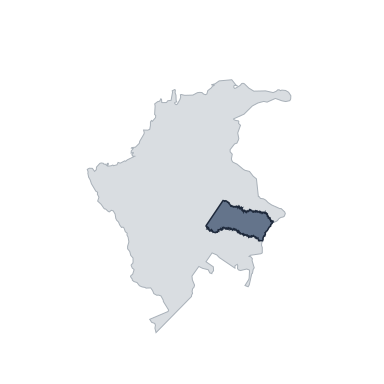 Cumaribo, Vichada, Colombia (highlighted), rotated 34°
{"feature_id": "7082276B31805828490385", "entity_name": "Cumaribo", "entity_type": "district", "adm_level": 2, "iso_a3": "COL", "parent_name": "Colombia", "parent_adm1": "Vichada", "projection": "orthographic", "projection_center": [-69.558, 4.15], "detail": "fine", "context": "in_parent", "style": "filled", "palette": "slate", "viewbox_px": 384, "rotation_deg": 34, "n_neighbors": 0, "source": "geoboundaries", "source_scale": "gbopen_adm2", "svg_char_len": 9649}
<svg xmlns="http://www.w3.org/2000/svg" viewBox="0 0 384 384"><g transform="rotate(34 192 192)"><path d="M219.1,64.6L215.6,66.1L208.8,67.8L204.0,75.5L200.8,76.8L196.9,81.3L193.9,86.9L191.6,98.4L185.6,108.1L186.1,108.6L188.4,108.2L190.6,107.1L191.4,107.4L192.2,109.1L194.9,109.6L196.9,117.5L200.9,121.5L201.4,123.1L201.9,126.4L200.4,128.4L199.9,135.6L201.2,137.4L204.2,138.1L206.2,142.6L207.5,143.7L209.3,144.4L213.8,143.7L221.8,144.5L223.7,144.4L228.2,142.8L233.9,144.7L238.1,145.1L249.6,158.7L250.7,158.3L252.2,159.1L255.1,157.7L257.6,157.5L260.9,158.2L265.2,158.2L273.9,156.7L275.2,155.9L280.0,156.7L281.4,157.7L282.1,160.3L281.5,161.8L279.9,163.4L279.0,165.5L278.8,168.0L278.0,169.8L276.4,171.0L275.8,172.7L276.2,175.0L275.4,185.3L276.0,186.1L276.6,190.3L278.6,195.8L279.5,197.4L281.3,198.7L284.3,203.2L283.6,204.7L275.8,211.8L275.4,213.5L276.9,212.8L279.3,213.5L280.1,215.2L286.0,220.1L286.0,222.0L287.6,225.6L287.3,226.5L291.4,237.0L291.5,239.2L288.2,239.9L288.0,232.8L287.5,231.4L283.7,225.1L282.9,224.6L280.4,225.3L276.1,230.0L274.1,230.6L272.5,230.0L270.9,227.2L269.9,226.7L268.9,229.1L270.2,231.1L251.4,231.1L247.7,230.3L242.7,231.3L242.6,242.0L251.5,242.1L253.9,245.2L253.7,247.7L254.1,248.6L252.0,249.1L248.9,247.4L243.3,249.4L239.3,249.9L239.0,261.7L241.4,264.6L246.2,267.8L246.9,269.9L246.6,271.9L247.7,274.4L249.2,275.8L249.2,277.3L250.0,279.0L240.8,328.7L237.4,325.6L236.2,322.9L234.6,321.8L231.5,322.6L228.1,321.2L239.0,304.4L238.6,302.9L229.5,298.8L228.6,297.7L224.3,295.5L221.9,296.2L220.5,297.3L217.2,297.6L214.5,295.8L211.4,294.6L207.6,297.4L206.4,297.4L203.7,298.6L200.8,299.1L197.0,297.8L194.0,298.7L191.9,298.5L191.1,297.6L188.4,296.6L188.1,295.4L188.8,293.4L187.6,289.3L187.2,288.6L185.1,288.5L182.7,287.0L182.3,286.1L182.8,284.4L182.3,283.0L180.0,279.7L176.7,278.8L173.6,276.1L170.4,275.1L169.0,273.1L167.6,268.7L164.3,265.2L162.1,264.0L161.3,262.4L158.9,262.2L155.8,259.9L154.4,259.7L153.4,260.8L150.4,259.7L147.9,258.0L145.3,257.5L143.6,256.5L140.6,253.3L137.3,251.7L135.3,252.3L134.7,254.6L133.6,255.0L129.8,254.4L129.1,254.9L128.1,254.8L123.5,253.0L118.9,252.3L117.7,248.3L114.8,246.8L113.9,245.0L111.8,245.1L104.0,241.4L100.8,238.9L98.0,237.5L95.1,234.6L94.7,233.5L92.5,231.8L93.6,229.7L96.2,228.1L99.7,229.4L100.2,227.0L98.9,224.8L99.6,219.8L100.5,218.7L102.4,217.8L103.6,218.2L104.4,217.4L107.2,217.8L108.1,217.4L110.3,215.5L111.3,213.9L112.2,214.1L114.6,211.4L114.2,208.8L116.4,208.2L118.8,203.8L119.8,203.7L120.3,201.7L124.4,194.5L122.9,195.3L121.3,194.8L121.6,192.4L121.1,192.1L119.8,193.9L118.7,192.0L119.0,188.9L117.2,189.5L117.3,188.8L120.0,186.5L121.1,181.2L120.3,179.2L119.8,171.2L119.4,169.7L117.2,167.7L120.7,165.5L121.9,163.7L120.4,160.2L118.4,157.2L118.4,155.4L119.6,155.6L120.2,150.7L119.1,148.8L117.7,148.7L113.3,141.3L111.8,139.8L113.0,136.3L114.4,134.8L114.1,132.1L115.0,132.3L116.9,134.7L117.7,134.3L120.8,132.1L120.9,129.9L123.4,127.7L120.1,120.2L119.0,119.1L120.4,116.7L121.2,116.8L122.5,119.2L124.6,120.7L127.6,124.9L129.0,125.8L128.0,126.8L127.7,127.8L128.2,128.3L130.0,128.5L130.7,127.3L130.3,122.2L129.6,119.7L128.0,117.9L128.5,117.2L131.8,116.0L138.5,111.2L140.9,106.7L142.7,105.1L144.6,104.0L147.0,104.3L148.9,103.7L149.5,102.3L148.4,99.1L149.8,94.8L149.8,92.7L150.8,91.4L150.5,90.9L148.0,92.4L150.6,89.4L152.4,84.7L162.2,76.7L168.5,78.7L170.5,78.6L167.8,79.6L167.4,80.7L168.3,82.0L169.3,82.3L170.1,81.6L172.3,76.8L172.6,74.2L173.6,73.3L174.9,73.0L181.0,74.1L186.9,73.8L196.5,67.0L203.7,64.2L205.5,61.4L206.0,59.3L207.3,58.5L208.7,58.5L209.5,57.3L212.8,55.5L216.3,55.3L220.1,56.9L221.8,59.7L222.0,61.6L219.1,64.6ZM107.3,216.9L106.9,217.2L106.1,216.6L105.8,215.7L106.3,215.1L107.0,215.4L107.3,216.9Z" fill="#d9dde1" stroke="#a8b0b8" stroke-width="1"/><path d="M237.0,179.1L236.8,179.2L236.7,179.7L236.4,179.8L236.4,180.0L236.0,179.9L235.6,180.5L235.4,180.4L235.2,180.7L234.9,180.7L234.9,181.0L234.6,181.0L234.5,181.3L234.1,181.3L234.0,181.1L233.4,181.0L233.1,181.4L232.9,181.4L233.0,181.7L232.4,182.0L232.2,181.6L232.0,181.9L231.7,181.6L231.1,181.5L230.1,181.0L229.0,180.9L228.9,180.4L228.7,180.2L228.3,180.3L227.7,180.2L227.1,180.7L226.6,180.3L225.5,180.2L224.9,180.7L224.5,180.6L224.3,180.8L224.4,181.2L224.2,181.5L223.6,181.3L222.5,181.7L222.5,212.0L222.8,212.5L223.3,212.6L223.6,212.4L223.9,212.9L224.5,212.7L224.6,213.1L224.4,213.4L224.6,213.6L224.8,213.6L225.0,213.1L224.7,212.7L224.8,212.4L225.2,212.5L225.4,213.2L225.7,213.5L225.9,213.4L225.7,212.8L225.8,212.6L226.2,213.0L225.9,213.7L226.7,213.2L227.1,213.5L227.1,213.8L226.8,213.9L226.9,214.0L227.8,213.9L228.3,213.5L228.3,214.2L228.6,214.4L229.0,213.7L229.4,213.7L229.7,213.3L229.7,213.0L229.3,212.6L229.3,212.4L229.7,212.6L229.8,213.2L230.0,213.5L230.2,213.4L230.4,212.8L230.5,212.7L231.9,213.6L232.1,213.2L233.4,212.9L234.3,212.5L234.5,212.2L234.4,211.5L234.9,211.5L235.6,211.1L235.5,210.2L235.2,209.5L236.0,209.4L235.7,209.0L235.0,208.9L234.9,208.7L235.6,208.5L235.5,208.1L235.9,207.7L236.2,207.1L236.8,207.2L236.6,206.7L236.8,206.8L237.0,207.2L237.5,207.1L237.6,206.9L237.3,206.5L237.3,206.2L237.6,206.3L237.8,207.0L238.1,206.8L238.0,206.1L237.6,205.8L237.6,205.5L238.0,205.3L238.3,205.5L238.4,205.3L237.3,204.4L238.0,204.1L238.1,203.5L238.3,203.5L238.4,203.8L238.9,203.7L239.8,203.2L239.9,203.4L239.9,203.8L240.2,204.0L241.1,203.6L241.2,203.3L240.8,202.9L240.8,202.6L241.6,202.7L241.8,203.1L242.3,202.9L242.5,202.2L241.9,201.6L241.9,201.3L242.3,201.3L242.6,202.0L243.2,202.2L242.7,201.3L242.8,201.1L243.2,201.0L243.2,201.6L243.4,201.7L243.7,201.5L243.6,201.1L243.8,200.8L244.6,201.2L244.9,201.1L244.8,200.7L244.4,200.6L244.5,200.4L245.0,200.6L245.1,201.2L245.7,200.5L246.3,200.7L246.6,200.3L246.9,200.8L247.2,200.0L247.1,199.3L247.2,199.1L247.1,198.9L246.8,199.0L246.9,198.9L248.3,198.9L248.5,199.4L248.8,198.7L249.1,198.4L249.4,198.6L249.7,199.1L249.9,199.2L250.2,198.8L250.6,199.1L251.6,198.3L251.9,198.6L251.6,199.4L251.8,199.5L252.2,198.9L251.9,198.4L252.0,198.1L252.6,198.3L252.8,199.0L253.0,198.9L253.2,198.5L253.4,198.7L253.3,199.1L253.9,199.0L253.5,199.7L254.1,199.5L254.6,199.0L255.0,199.6L255.3,199.3L255.7,199.6L256.7,198.7L257.6,198.9L257.7,198.5L257.5,198.0L257.6,197.9L257.8,198.1L257.8,198.8L258.1,198.9L258.8,198.5L259.3,199.1L259.4,198.9L259.0,198.2L259.0,197.9L259.3,197.8L259.7,198.2L260.0,198.2L260.3,198.0L260.4,197.4L260.6,197.2L261.4,197.5L262.0,197.3L262.3,197.6L262.4,197.3L261.9,197.0L262.0,196.7L262.3,196.8L262.6,197.4L263.1,197.2L263.4,197.3L263.6,197.1L264.0,197.5L264.0,197.3L263.6,196.9L263.7,196.6L263.9,196.6L264.7,197.3L264.8,197.1L264.6,196.5L265.2,196.1L265.7,196.3L265.7,195.5L265.9,195.6L266.3,196.1L266.5,196.1L266.6,195.7L266.0,195.3L265.9,195.0L266.1,194.8L266.8,195.1L267.3,194.9L267.4,194.7L267.2,194.4L267.4,193.7L267.9,194.0L269.1,194.0L269.6,194.3L269.7,193.7L270.2,193.9L270.9,193.6L271.1,193.9L270.8,194.5L271.2,194.6L271.4,194.0L271.7,193.9L271.7,194.7L272.3,193.5L272.4,193.4L272.6,194.0L273.1,193.9L273.6,194.2L274.0,194.2L274.4,195.1L275.1,194.9L276.1,193.9L277.8,192.9L277.4,191.5L276.8,190.9L276.7,190.3L276.3,189.7L276.4,189.1L276.2,188.2L276.9,187.9L276.6,187.2L276.7,186.7L276.3,186.4L276.4,185.9L276.3,185.7L275.3,185.0L275.6,184.4L275.5,183.0L276.0,182.0L275.6,178.1L276.2,176.3L275.9,176.1L275.9,175.8L275.4,174.9L275.8,173.9L275.9,173.0L275.4,172.7L275.4,172.2L276.0,171.5L275.4,171.4L275.4,170.9L274.4,171.2L274.4,171.5L274.1,171.5L273.7,172.2L273.2,171.2L272.6,171.3L271.9,170.7L272.0,171.2L271.5,171.0L271.4,170.0L271.0,170.0L271.2,170.4L270.9,170.5L270.6,170.1L269.6,170.1L270.1,170.6L269.9,170.8L269.4,170.0L269.0,170.0L268.8,169.5L268.5,169.5L268.6,170.1L268.3,170.1L268.0,169.9L268.0,169.5L267.6,169.4L267.6,168.9L266.8,168.7L266.6,168.2L266.2,168.6L265.9,168.3L265.4,168.5L265.2,167.9L264.9,168.1L264.5,168.1L264.3,168.4L264.6,168.7L264.5,168.8L264.2,168.9L263.8,168.3L263.8,168.6L263.4,168.8L262.7,168.8L262.5,169.8L261.8,169.2L261.9,169.4L261.6,169.7L261.6,170.0L261.4,169.8L261.3,170.1L260.8,170.3L260.9,170.5L260.7,170.7L260.5,170.4L260.3,170.6L260.1,170.3L259.8,170.6L259.6,170.3L259.4,170.5L259.1,170.3L259.1,170.9L258.8,170.7L258.4,170.7L258.7,170.8L258.2,171.4L257.9,171.4L257.8,171.7L257.4,171.4L257.4,171.7L257.1,171.9L256.8,171.8L256.5,172.2L256.2,171.8L255.9,172.0L255.7,172.1L255.6,171.9L255.4,172.1L255.2,172.0L255.1,172.3L255.6,172.2L255.8,172.6L255.1,172.7L255.1,173.1L254.5,173.0L254.3,173.1L254.8,173.4L254.1,173.6L254.1,173.9L254.3,174.0L254.2,174.3L253.8,174.3L253.6,174.0L253.4,174.3L253.2,174.0L252.6,174.1L252.2,174.0L251.9,174.4L251.6,174.5L251.4,174.2L251.1,174.3L251.1,174.1L250.2,174.4L250.1,174.1L249.6,174.2L249.6,174.8L249.9,174.8L249.7,175.4L249.9,175.5L249.7,175.9L249.7,176.5L249.4,176.5L249.5,176.6L249.2,176.9L249.2,176.7L249.1,176.9L248.8,177.1L248.5,177.1L248.6,177.5L247.9,177.6L248.2,178.1L247.9,178.0L247.6,178.3L247.3,178.3L247.3,178.6L247.0,178.4L247.0,178.5L246.6,178.5L246.0,178.0L245.9,178.5L245.5,178.4L245.4,178.6L245.7,178.6L245.7,179.0L245.4,179.1L245.5,178.9L245.3,178.8L245.4,179.2L245.0,178.8L244.8,178.8L245.0,179.1L244.6,178.9L244.5,179.2L244.2,179.1L244.1,178.9L243.5,179.1L243.3,178.5L243.3,178.1L243.1,177.8L242.9,177.8L242.8,178.0L242.5,177.7L242.4,178.1L242.3,177.7L242.0,177.8L242.1,177.4L241.8,177.7L241.7,177.6L241.7,177.9L241.5,177.7L241.4,178.1L241.3,177.9L241.1,178.1L241.0,177.9L240.9,178.2L240.7,178.0L240.8,178.1L240.5,178.2L240.5,178.5L240.3,178.1L240.3,178.4L240.1,178.2L239.9,178.5L239.6,178.1L239.6,178.6L239.5,178.3L239.2,178.3L239.2,178.6L238.8,178.5L238.8,178.9L238.6,178.6L238.6,179.0L238.4,178.8L238.2,179.0L238.1,178.8L238.0,179.0L237.8,178.9L237.6,179.1L237.6,178.8L237.3,179.0L237.2,178.8L236.9,178.9L237.0,179.1Z" fill="#64748b" stroke="#1e293b" stroke-width="1.5"/></g></svg>